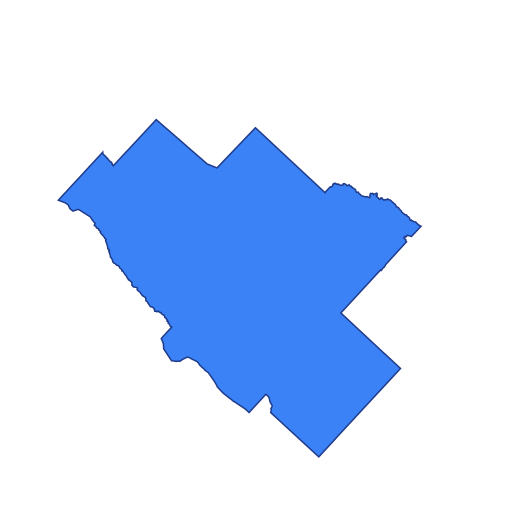 Northern Areas, South Australia, Australia (Robinson projection), rotated 133°
{"feature_id": "25037944B38569575724277", "entity_name": "Northern Areas", "entity_type": "district", "adm_level": 2, "iso_a3": "AUS", "parent_name": "Australia", "parent_adm1": "South Australia", "projection": "robinson", "projection_center": [138.424, -33.301], "detail": "fine", "context": "isolated", "style": "filled", "palette": "blue", "viewbox_px": 512, "rotation_deg": 133, "n_neighbors": 0, "source": "geoboundaries", "source_scale": "gbopen_adm2", "svg_char_len": 5826}
<svg xmlns="http://www.w3.org/2000/svg" viewBox="0 0 512 512"><g transform="rotate(133 256 256)"><path d="M350.0,438.6L348.6,435.2L347.1,431.5L346.7,428.2L348.3,424.4L348.0,420.5L343.1,417.8L342.6,415.8L341.9,411.8L341.4,409.5L340.5,404.5L340.4,403.3L341.0,401.8L341.6,398.2L342.0,395.7L343.5,395.4L344.0,395.0L343.5,393.1L344.3,391.8L343.7,390.8L343.8,390.0L343.5,389.8L344.2,388.7L344.1,388.1L344.3,386.1L345.1,385.8L345.4,382.4L345.5,380.7L346.3,378.4L346.0,377.1L347.4,376.4L348.2,374.9L348.4,374.2L349.3,372.8L350.1,371.2L351.0,370.3L351.7,369.2L351.9,368.8L351.5,367.8L352.0,366.9L352.8,367.1L354.8,363.2L356.1,361.7L356.1,360.5L356.8,358.4L358.0,356.6L358.1,355.0L357.6,354.3L357.8,351.6L357.1,350.7L357.1,349.6L356.8,349.0L357.0,348.6L357.6,347.9L357.6,346.2L357.5,344.9L358.4,344.0L357.9,343.3L358.9,338.8L358.8,337.9L359.9,335.0L359.8,334.6L359.9,334.3L360.4,333.2L360.3,332.5L359.9,332.3L360.0,331.1L360.2,330.7L359.8,328.9L362.1,326.7L361.9,326.0L362.3,324.8L360.2,321.4L360.6,320.4L361.6,320.2L361.9,318.5L361.7,317.9L361.7,317.0L361.6,316.1L362.3,313.4L362.2,312.8L362.5,312.1L362.2,311.4L362.1,309.8L361.8,309.1L361.7,308.7L362.3,307.6L363.0,307.0L363.8,305.9L363.6,304.2L363.7,303.8L364.3,302.5L364.2,302.1L364.9,299.7L365.0,298.4L364.6,297.8L364.1,297.3L363.8,295.5L364.1,294.8L364.0,294.3L365.3,292.7L365.4,292.3L364.4,291.3L364.5,290.6L363.6,290.0L362.9,289.9L363.0,288.7L362.8,287.6L362.1,286.9L362.7,286.0L362.4,284.1L362.5,283.5L362.1,283.1L362.1,282.1L363.2,280.7L362.9,280.3L362.9,279.2L363.3,278.4L363.1,277.9L363.4,276.8L364.3,276.8L363.9,275.2L364.7,274.8L365.0,274.6L364.9,273.2L365.9,270.2L365.7,269.5L365.4,269.2L365.5,269.1L378.8,269.1L379.4,269.0L381.0,269.0L383.3,263.9L386.9,260.2L387.5,257.5L390.2,246.3L388.7,244.4L387.6,242.6L384.4,239.6L382.6,239.4L381.5,239.1L380.0,238.5L379.8,238.5L378.7,238.0L377.3,237.6L376.1,236.3L375.4,234.0L375.4,233.7L375.0,232.2L374.5,230.7L373.4,227.0L373.4,226.9L373.4,226.5L373.5,225.4L373.8,224.0L374.0,223.4L374.2,222.7L374.2,219.8L374.1,216.9L374.4,215.3L373.8,211.4L374.2,209.7L374.5,208.3L376.1,200.8L377.3,196.9L377.8,195.7L378.0,195.4L378.1,195.2L378.7,186.7L378.2,180.4L377.6,174.0L377.6,173.7L377.7,173.3L377.6,172.9L377.3,172.5L376.5,167.3L376.1,165.0L375.2,159.4L375.2,154.3L350.4,154.5L350.4,150.7L351.3,148.8L352.5,147.3L353.6,145.0L354.3,142.3L355.0,141.6L357.4,141.0L359.2,139.0L360.5,138.5L360.1,73.1L335.7,73.2L335.5,73.3L309.4,73.4L239.7,73.6L239.7,94.3L239.7,95.0L239.8,95.0L239.8,96.7L239.8,106.7L239.8,112.1L239.8,155.1L181.5,155.4L181.3,155.4L181.3,154.6L178.9,154.8L178.7,154.9L178.0,155.0L177.5,154.7L177.1,154.6L176.8,154.8L175.7,154.8L173.8,155.3L142.9,155.6L142.9,156.8L142.0,157.3L141.9,160.3L140.0,160.3L140.0,159.4L137.5,159.3L135.7,155.6L121.8,155.6L122.2,156.2L121.9,156.8L122.2,157.5L122.4,158.3L122.5,159.0L122.3,159.8L122.5,160.4L122.3,161.1L122.4,161.7L122.2,162.3L123.3,164.1L123.6,165.7L124.1,166.1L124.1,166.4L123.8,166.9L124.3,167.2L124.5,167.5L124.6,168.1L124.4,168.5L124.1,168.7L123.7,169.2L123.7,169.3L123.6,169.9L123.4,170.5L123.4,171.0L123.4,171.3L123.5,171.7L123.7,172.2L123.8,172.3L123.8,172.5L123.7,172.6L123.5,173.0L123.4,173.3L123.3,174.0L123.6,174.3L123.9,174.6L124.1,174.9L124.2,175.1L124.2,175.6L124.3,175.9L124.2,176.3L124.2,176.6L124.4,177.0L124.5,177.2L124.4,177.8L124.4,178.2L124.4,178.4L124.4,178.7L124.4,178.8L124.5,179.1L124.5,179.4L124.5,179.7L124.4,179.8L124.2,180.0L124.1,180.4L124.0,180.7L123.9,180.9L123.9,181.3L124.0,181.7L124.0,181.8L123.9,182.5L123.9,183.2L123.9,183.4L123.9,183.9L123.6,184.3L123.5,184.6L123.5,185.2L123.6,185.5L123.8,185.7L123.9,185.9L123.9,186.1L124.2,186.8L124.3,186.9L124.3,187.1L124.3,187.3L124.2,187.4L123.9,187.8L123.7,188.0L123.5,188.6L123.3,189.5L123.3,190.1L123.4,190.4L123.5,190.8L123.6,191.3L123.4,192.4L123.4,192.7L123.4,192.8L123.6,193.1L123.6,193.3L123.5,194.6L123.5,195.3L123.5,196.0L123.8,196.5L123.9,196.8L124.2,197.2L124.5,198.7L125.1,198.8L125.8,198.7L125.9,198.8L126.1,199.0L126.4,199.8L126.5,199.9L127.7,200.4L127.6,200.5L127.7,201.1L128.1,202.3L128.0,202.8L127.7,203.5L128.2,203.7L128.3,204.2L129.7,203.9L130.1,204.1L130.5,204.6L130.0,206.1L130.3,207.0L130.2,207.6L129.9,208.3L130.2,208.7L129.9,209.1L129.2,208.7L128.7,209.1L127.9,209.7L127.7,210.4L127.9,210.8L128.8,211.1L130.4,211.9L130.8,211.9L130.6,212.8L130.6,213.4L131.4,213.8L132.1,214.9L133.4,214.5L134.1,214.0L134.2,213.5L134.7,213.0L135.2,213.1L136.0,212.8L136.4,214.1L136.6,214.5L136.9,215.4L137.9,216.1L138.0,216.2L138.3,216.9L138.4,217.0L138.7,217.2L138.8,217.3L138.9,218.0L139.3,218.5L139.8,219.5L140.0,221.2L139.9,221.7L140.0,223.4L139.6,225.0L140.9,225.8L140.9,226.3L139.9,228.2L139.6,228.4L139.6,229.0L139.8,229.6L140.2,231.7L140.1,231.8L140.1,232.0L140.0,232.4L140.0,232.5L140.3,232.8L140.5,233.1L140.3,233.6L140.0,233.9L140.8,235.5L140.4,236.4L140.7,236.5L141.3,236.9L142.2,237.1L142.7,237.4L142.4,238.2L142.4,239.0L142.7,240.4L142.9,240.6L143.0,241.0L143.5,241.2L143.7,241.4L144.4,240.9L144.6,240.8L145.5,241.4L145.6,241.6L146.2,241.8L146.5,242.0L146.8,242.9L147.0,243.7L147.2,244.8L147.7,245.0L148.0,245.4L148.1,245.9L148.6,246.1L148.8,246.3L148.6,246.8L148.6,247.3L148.9,247.9L149.7,248.1L150.2,248.0L150.8,248.3L150.7,248.6L151.9,248.3L153.0,247.7L153.6,247.7L154.1,248.1L154.4,248.5L155.1,248.9L160.3,248.9L161.3,248.9L162.6,248.6L162.6,255.6L162.6,259.5L162.6,272.8L162.6,343.9L218.2,344.6L222.0,354.5L222.1,358.9L222.9,380.6L223.0,384.5L223.4,396.0L223.7,404.5L224.0,411.8L224.3,422.0L264.6,421.9L268.5,422.0L287.3,421.9L287.4,422.9L286.8,423.5L286.8,424.0L286.1,425.2L286.1,426.2L286.5,426.6L286.2,428.8L286.3,429.8L285.8,430.9L286.0,431.8L286.0,432.2L285.7,432.8L285.9,433.5L285.7,434.6L285.8,435.5L285.6,437.9L284.6,438.9L301.9,438.8L304.2,438.9L304.5,438.8L335.2,438.7L338.7,438.6L340.8,438.7L350.0,438.6Z" fill="#3b82f6" stroke="#1e3a8a" stroke-width="1.5"/></g></svg>